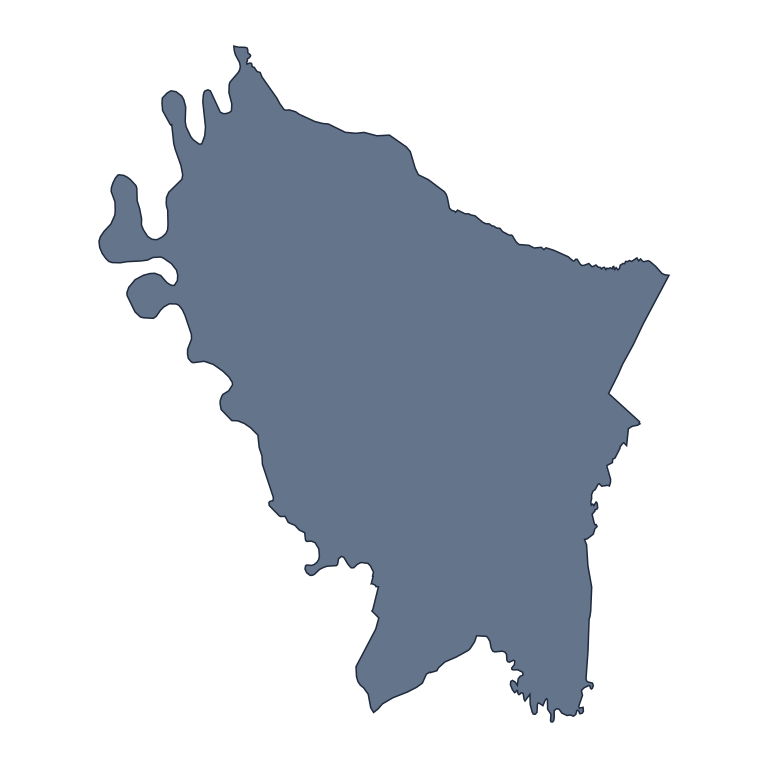 the district of Puerto Tejada, Cauca, Colombia
{"feature_id": "7082276B86469624898936", "entity_name": "Puerto Tejada", "entity_type": "district", "adm_level": 2, "iso_a3": "COL", "parent_name": "Colombia", "parent_adm1": "Cauca", "projection": "equal_earth", "projection_center": [-76.412, 3.266], "detail": "fine", "context": "isolated", "style": "filled", "palette": "slate", "viewbox_px": 768, "rotation_deg": 0, "n_neighbors": 0, "source": "geoboundaries", "source_scale": "gbopen_adm2", "svg_char_len": 6088}
<svg xmlns="http://www.w3.org/2000/svg" viewBox="0 0 768 768"><path d="M393.0,697.7L407.5,692.0L416.6,687.3L422.4,683.1L426.4,674.1L429.9,672.1L430.2,672.7L436.9,670.7L438.4,667.9L444.8,662.0L456.3,657.0L468.1,650.5L470.1,648.7L474.6,641.8L476.6,635.8L486.1,636.3L487.6,637.4L489.9,641.4L491.2,648.1L492.8,651.2L494.7,651.9L502.5,651.2L504.9,652.1L506.5,654.3L506.9,660.3L507.8,661.7L509.5,662.2L513.6,660.2L514.7,661.0L514.4,664.6L511.7,668.0L511.8,669.2L513.0,669.9L517.7,669.8L522.5,672.2L523.0,674.1L522.7,675.3L520.1,676.3L518.2,678.8L517.3,685.3L515.2,682.0L512.5,680.4L510.8,681.4L510.4,684.7L512.3,689.5L514.5,692.6L515.6,692.2L516.9,690.4L517.5,690.7L517.9,693.3L518.7,694.5L519.6,694.5L521.1,692.8L523.1,693.4L524.1,699.4L525.0,701.0L529.9,694.3L530.2,704.4L532.1,711.9L533.3,714.1L535.1,714.3L537.0,712.4L537.4,704.4L538.0,703.2L539.1,703.1L542.9,705.7L545.3,700.0L546.6,698.7L547.4,699.8L547.6,709.1L551.0,714.3L550.5,720.8L551.2,721.9L552.6,721.9L553.7,720.6L554.2,717.9L554.2,710.8L556.5,708.7L559.2,709.3L561.8,713.1L567.0,715.5L570.3,715.0L573.5,716.2L575.8,714.4L576.8,710.7L577.6,710.2L578.8,711.2L579.4,713.1L580.1,713.8L582.3,713.1L583.4,711.4L583.1,707.3L579.3,708.1L578.8,706.1L582.5,695.4L581.4,690.5L584.1,687.8L588.7,685.6L590.0,686.1L590.5,688.3L591.4,689.0L592.3,688.4L593.3,685.7L592.5,683.1L587.8,681.9L586.7,681.0L586.0,678.9L588.0,651.0L589.1,619.2L589.9,616.9L590.7,611.2L591.7,587.1L587.9,565.7L586.6,544.9L584.5,539.4L587.2,538.9L593.3,534.1L594.9,528.8L597.1,526.5L596.2,524.6L595.2,525.0L594.2,523.1L592.1,514.3L595.0,510.9L595.0,509.8L597.1,509.0L597.7,507.8L597.3,504.2L596.9,502.7L596.1,502.0L593.8,505.6L592.7,504.1L591.3,505.0L590.8,501.9L591.6,499.1L591.6,494.6L593.1,491.0L595.2,489.6L598.0,484.4L599.2,483.7L601.7,486.2L607.9,485.3L609.4,486.0L610.5,482.3L610.6,479.2L606.9,466.4L607.1,465.4L612.4,462.6L612.8,459.1L615.1,457.9L619.9,448.5L620.1,446.8L622.8,443.3L623.8,442.8L626.6,445.6L628.4,428.7L632.2,426.3L637.7,425.2L640.0,423.8L639.1,423.0L639.6,421.8L608.6,393.5L618.2,374.3L622.6,364.2L633.2,344.9L643.3,323.7L669.0,275.3L664.7,274.7L661.9,273.4L655.7,266.4L649.7,261.3L648.0,260.7L643.9,261.7L642.3,261.0L640.6,258.9L638.7,260.8L636.9,257.9L631.7,261.4L629.4,260.5L627.9,261.6L625.6,261.4L624.6,263.7L623.1,263.5L620.3,265.1L619.3,268.7L618.0,269.8L616.1,267.6L614.7,269.6L613.7,266.4L613.0,266.6L612.3,268.8L610.2,267.7L608.3,268.7L607.0,268.2L605.9,269.7L604.5,267.3L602.9,267.6L601.4,268.9L600.3,267.4L598.2,267.2L596.0,265.0L592.1,266.8L588.8,263.5L584.2,265.3L581.9,265.5L580.0,263.9L577.2,259.3L575.6,259.3L574.2,261.0L573.0,260.9L568.3,256.8L553.6,250.2L546.0,247.8L543.9,249.6L541.3,247.3L534.2,248.0L528.9,245.3L518.9,244.5L516.0,241.7L512.3,235.6L511.1,235.0L509.5,235.3L502.7,231.7L499.9,228.3L496.7,228.0L493.7,226.1L491.7,225.8L489.4,223.9L485.8,223.7L482.6,222.2L475.0,215.8L470.6,214.9L468.8,213.8L465.1,213.8L457.5,210.1L455.6,212.3L454.2,211.0L451.6,210.4L449.4,208.0L447.3,197.5L446.1,194.2L444.3,191.7L428.3,179.6L418.4,174.8L415.2,168.2L410.3,151.6L406.3,146.9L389.4,135.1L377.0,135.8L364.0,132.4L355.9,133.3L345.2,132.3L328.4,124.0L322.8,123.5L314.8,121.5L299.2,114.3L295.7,111.8L289.4,109.9L285.9,110.2L284.1,109.6L279.8,103.7L276.9,98.2L261.9,76.9L260.2,72.5L257.0,71.5L254.3,67.4L252.2,66.7L251.7,63.8L251.2,63.2L249.4,63.1L247.0,64.1L246.6,62.5L247.4,61.1L247.4,58.9L249.5,57.6L250.6,55.8L250.3,54.8L247.9,52.9L247.7,49.5L247.1,48.0L244.9,47.3L238.5,47.2L233.8,46.1L234.2,50.2L235.4,54.8L239.5,62.4L240.3,66.4L239.8,69.5L238.3,72.4L230.0,82.1L229.2,84.4L228.9,92.5L231.8,103.9L231.5,110.1L231.0,111.3L229.3,112.5L225.9,113.6L223.2,113.6L220.3,112.2L210.4,90.9L208.0,89.8L205.0,90.9L204.1,92.1L203.3,95.3L202.8,102.0L205.5,127.1L204.7,135.9L201.7,144.0L199.0,144.1L193.1,139.6L190.8,136.7L186.1,126.8L185.2,121.4L185.7,107.0L183.8,99.7L181.8,96.1L176.1,91.7L171.0,90.8L167.0,93.1L162.3,98.1L162.0,103.3L162.6,110.6L170.0,124.1L170.8,125.1L171.7,124.6L173.8,143.8L175.3,149.6L180.9,165.4L182.7,174.8L181.9,179.3L168.8,192.2L166.5,197.4L166.2,202.7L166.5,206.2L167.7,210.1L168.0,224.8L167.6,229.7L165.9,233.5L162.4,236.8L157.6,239.4L155.7,239.7L151.8,239.2L147.6,236.4L143.4,229.8L141.4,224.8L141.6,218.8L139.7,209.0L137.2,200.8L136.8,188.1L135.9,185.5L130.1,179.3L127.3,177.2L123.8,175.4L119.3,174.8L117.8,175.1L115.3,178.2L112.9,183.0L111.4,187.7L111.2,191.6L115.0,201.9L115.2,211.1L114.8,215.2L110.9,224.0L104.0,231.4L100.4,236.7L99.0,241.3L99.7,247.5L102.3,253.6L105.9,258.6L108.9,261.5L112.2,262.6L120.3,262.8L126.9,261.7L140.4,261.0L147.5,260.1L152.9,257.5L160.6,257.0L163.1,257.9L171.4,263.6L176.5,270.1L177.7,275.1L177.4,280.5L174.4,285.3L172.6,285.5L170.1,284.7L166.8,282.5L160.7,275.5L154.8,273.3L150.2,273.5L143.6,275.2L135.2,279.6L128.8,287.3L126.9,292.6L127.1,295.6L135.0,311.9L140.4,317.0L143.6,317.8L153.5,318.3L156.3,316.3L160.6,310.1L163.8,306.9L169.4,303.8L176.2,304.0L178.9,305.3L182.4,309.8L185.0,315.4L191.4,334.4L191.5,339.1L187.6,349.3L187.5,354.0L188.3,358.4L191.4,362.0L193.1,362.7L204.2,361.3L213.3,364.4L222.8,371.1L229.0,377.1L232.3,382.4L232.5,384.9L228.7,390.8L222.8,394.5L221.7,396.4L220.2,400.7L220.1,403.7L221.1,409.5L231.8,420.6L237.6,420.8L244.4,423.5L250.5,427.7L257.9,435.1L259.2,447.6L262.0,456.1L262.4,464.3L273.3,497.3L273.1,500.6L269.9,501.4L268.9,502.6L269.2,505.5L279.2,515.8L280.5,516.5L285.1,516.4L288.3,522.5L295.0,525.4L299.2,530.0L304.7,532.7L305.5,540.0L306.5,541.4L311.7,541.2L315.2,542.8L318.8,548.9L319.4,556.4L318.6,559.7L316.8,562.4L314.2,564.5L311.7,565.4L306.7,565.0L305.5,566.0L305.0,569.1L306.7,572.8L310.1,575.4L312.5,575.3L314.6,574.2L319.6,569.4L323.4,567.5L327.1,566.2L336.5,565.6L337.6,564.3L338.6,558.7L341.4,556.4L343.8,557.3L348.1,564.5L351.1,567.8L353.7,567.8L357.5,564.2L361.1,562.5L368.0,563.4L370.4,565.9L373.5,572.1L372.5,576.2L373.1,576.4L371.2,583.8L371.9,583.6L375.6,585.4L375.9,586.6L378.4,586.8L372.9,609.3L371.9,611.0L378.8,617.9L375.7,629.2L356.0,666.7L356.5,676.7L358.0,681.7L360.3,685.1L363.6,687.8L368.2,694.2L370.7,707.7L373.6,712.5L378.0,709.0L382.4,703.9L393.0,697.7Z" fill="#64748b" stroke="#1e293b" stroke-width="1.5"/></svg>